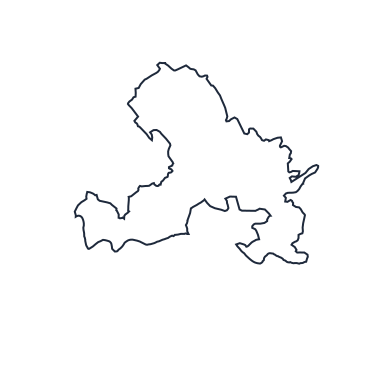 the district of El Mansora, Ad Daqahliyah, Egypt, rotated 234°
{"feature_id": "37247803B83073428854351", "entity_name": "El Mansora", "entity_type": "district", "adm_level": 2, "iso_a3": "EGY", "parent_name": "Egypt", "parent_adm1": "Ad Daqahliyah", "projection": "orthographic", "projection_center": [31.42, 31.053], "detail": "fine", "context": "isolated", "style": "outline", "palette": "slate", "viewbox_px": 384, "rotation_deg": 234, "n_neighbors": 0, "source": "geoboundaries", "source_scale": "gbopen_adm2", "svg_char_len": 6031}
<svg xmlns="http://www.w3.org/2000/svg" viewBox="0 0 384 384"><g transform="rotate(234 192 192)"><path d="M139.0,309.4L140.7,308.5L141.8,304.9L142.0,299.9L140.7,295.0L141.7,278.3L143.7,279.0L145.9,279.3L145.9,282.0L143.3,284.9L143.0,288.2L144.3,289.8L145.6,291.1L149.8,285.9L150.1,283.6L150.7,282.3L152.0,282.0L158.8,286.3L159.1,289.0L160.1,291.9L160.7,291.9L161.7,291.3L162.3,290.6L164.9,293.3L165.2,294.6L166.8,296.2L169.7,295.9L171.4,295.9L173.9,295.0L175.2,293.7L175.6,291.4L175.9,290.1L176.5,289.8L177.5,290.1L177.8,290.4L180.1,294.7L183.9,296.0L185.6,293.1L186.9,288.9L187.2,286.6L187.8,284.3L188.8,284.6L191.1,282.7L191.1,280.4L192.4,279.4L193.0,279.1L194.6,279.4L196.6,279.4L198.5,278.8L200.5,278.8L203.0,279.5L207.2,278.9L209.2,276.3L209.2,275.0L206.6,273.0L206.3,270.7L208.6,268.7L224.4,271.5L227.3,270.2L227.9,266.3L227.6,263.7L228.9,261.4L230.2,261.7L230.8,263.0L232.4,265.0L240.5,268.3L243.4,269.0L249.8,270.4L253.7,271.4L257.3,271.4L262.4,271.8L265.7,271.5L266.9,270.2L275.0,270.3L276.0,272.2L277.3,272.6L277.9,271.9L278.6,271.0L278.9,269.3L279.5,267.7L281.2,266.1L283.7,265.8L288.3,266.4L290.2,265.5L292.1,263.5L293.1,262.9L294.7,262.6L297.9,261.6L299.6,252.5L300.2,249.8L300.9,248.9L303.8,247.9L308.3,247.0L311.9,245.7L312.2,246.0L313.8,243.7L315.5,241.9L315.1,238.5L310.6,238.5L310.0,237.5L309.3,235.2L309.3,233.2L310.0,228.0L310.3,221.8L310.7,219.8L309.4,213.9L307.5,210.0L308.8,207.0L305.2,204.7L302.3,202.4L303.0,200.4L302.0,197.8L302.0,194.5L301.4,192.5L300.9,191.9L299.5,191.9L295.3,192.5L284.7,192.7L283.4,187.2L281.6,187.0L280.1,187.6L278.9,187.6L277.0,186.9L275.8,187.8L274.1,188.1L265.4,189.3L260.9,189.2L257.5,190.0L259.5,191.9L262.1,193.2L264.9,193.2L264.7,197.2L263.0,199.8L261.1,200.7L259.5,201.4L257.2,201.4L250.5,202.3L244.0,202.6L242.4,201.9L240.5,198.6L238.9,196.6L236.6,195.0L234.7,194.0L227.3,193.9L226.6,193.6L226.1,193.6L225.7,192.3L225.0,191.6L225.7,188.0L224.7,187.3L223.8,187.7L222.5,188.6L220.5,188.6L220.2,187.3L220.2,186.3L221.2,184.4L220.6,183.1L219.0,181.7L218.6,181.1L219.3,178.5L218.3,175.2L218.3,173.2L216.4,170.9L217.1,170.3L217.1,169.6L216.7,168.6L217.1,167.6L218.0,166.7L220.3,166.0L221.6,166.4L222.2,164.7L222.2,161.1L222.9,159.8L224.2,157.9L226.1,154.6L227.5,153.5L227.4,153.0L227.1,152.0L226.5,150.7L226.2,150.4L225.2,150.0L224.5,148.7L224.6,147.1L224.3,140.3L225.3,137.9L224.6,137.6L222.7,136.2L217.8,132.0L215.9,130.6L214.3,129.3L213.3,129.7L213.0,128.0L213.0,124.7L212.4,123.1L210.3,121.4L212.1,120.8L212.1,120.1L213.1,118.2L214.0,117.8L214.3,117.5L214.7,117.8L216.9,119.5L221.1,120.2L221.7,120.0L223.0,121.2L228.8,119.6L230.8,119.3L233.4,117.3L239.2,112.1L241.4,111.5L245.7,113.1L246.2,111.8L247.5,111.5L249.1,110.9L251.7,109.3L253.6,107.3L253.3,107.0L252.6,106.0L250.4,103.7L248.5,102.7L248.5,100.1L248.8,96.5L248.2,91.9L246.9,89.2L245.0,85.6L241.4,84.3L240.3,83.4L240.2,84.6L239.8,85.8L239.3,86.6L238.3,87.4L237.4,87.8L236.2,88.0L235.1,87.9L233.5,87.5L231.9,86.9L230.3,86.1L228.5,84.8L227.0,83.1L225.0,81.9L222.2,80.6L219.4,78.7L218.3,78.5L217.1,78.0L216.2,77.6L215.2,76.9L211.4,75.2L210.0,74.9L208.2,74.8L207.8,74.6L207.3,74.6L206.8,74.9L206.5,75.4L206.2,79.8L206.5,83.4L206.6,86.7L206.0,89.0L205.6,91.8L205.2,92.3L203.9,93.6L202.2,95.0L200.5,96.2L199.6,96.4L198.5,96.5L197.5,96.3L195.1,95.2L193.0,94.0L189.2,94.6L188.6,95.5L188.1,96.4L188.1,97.2L188.2,97.8L188.5,98.5L188.5,100.9L188.8,102.8L188.9,103.5L189.8,106.1L190.4,107.3L190.6,108.4L190.5,111.4L190.3,112.3L189.9,113.5L189.2,114.8L188.3,116.0L184.9,119.0L182.7,120.6L176.9,123.6L176.2,124.1L175.6,124.9L175.2,125.9L174.1,127.9L172.8,131.5L172.5,133.0L172.3,134.5L171.5,136.4L170.7,140.1L170.0,142.0L169.5,143.9L168.9,145.6L168.9,147.7L168.4,150.2L167.9,150.7L167.3,150.9L167.2,151.1L167.2,151.8L167.4,152.9L167.3,153.0L165.8,155.6L164.7,158.3L162.5,161.4L162.5,161.8L162.3,162.3L162.0,162.7L160.9,163.4L160.1,164.5L162.3,164.9L163.3,165.2L165.2,166.6L167.1,167.2L168.8,167.6L169.7,169.6L171.3,171.5L171.6,171.5L176.1,178.1L179.4,181.5L179.3,182.1L179.3,184.0L178.7,188.3L178.6,190.6L178.3,192.9L178.3,196.8L178.6,197.8L174.4,197.8L169.9,198.4L165.4,201.0L160.5,205.2L157.3,207.4L156.7,209.4L157.0,210.7L157.6,212.0L160.8,213.4L162.1,213.7L164.4,215.0L167.0,215.1L166.0,220.0L162.3,224.8L149.9,220.2L147.6,221.4L139.5,232.2L138.8,235.8L138.8,236.8L135.0,240.7L129.2,241.6L126.7,241.6L126.9,241.3L126.9,239.6L125.6,236.7L124.3,235.7L124.4,232.4L126.3,228.5L129.2,224.6L129.5,222.9L128.9,220.6L127.6,219.7L124.7,221.3L122.8,221.2L118.6,220.2L114.3,218.5L115.4,216.3L115.7,215.3L115.7,214.6L116.1,211.7L116.1,210.4L115.7,207.8L115.4,206.1L115.4,204.8L115.8,203.8L117.7,203.9L119.0,203.2L122.5,200.6L123.6,196.9L121.3,196.8L119.6,197.0L118.1,197.2L116.6,197.2L114.9,197.3L113.2,197.7L111.8,198.2L108.9,198.3L107.4,198.6L104.0,199.3L101.1,200.1L99.8,200.6L98.3,201.3L97.0,202.2L95.8,203.2L94.1,205.0L93.9,206.1L93.9,207.3L94.0,207.8L94.5,208.5L94.5,209.2L94.7,210.1L95.4,210.7L96.1,211.4L96.5,212.3L96.8,213.0L96.9,215.5L97.2,216.3L97.3,217.2L97.1,218.3L96.7,219.1L94.4,221.5L93.5,221.7L92.5,222.3L91.4,222.6L90.1,223.2L89.6,223.8L88.2,224.4L86.7,225.4L84.9,226.1L84.0,226.2L83.2,226.1L81.8,227.1L80.9,227.4L79.9,227.6L78.9,228.2L77.8,229.3L77.7,229.7L77.6,230.2L76.3,230.9L75.2,231.8L74.6,232.4L74.1,233.4L72.9,235.0L71.0,236.6L70.7,237.9L69.7,239.5L69.4,240.4L69.3,241.5L69.0,242.4L68.9,242.7L68.5,243.4L70.5,245.9L71.5,247.6L73.4,248.6L77.0,247.3L79.9,243.4L81.2,241.5L83.1,241.1L83.7,242.5L87.0,242.8L90.8,241.5L91.5,243.2L91.2,246.1L90.8,247.4L90.8,249.1L92.1,251.1L94.7,253.0L94.4,255.0L93.7,257.0L95.0,258.6L98.2,260.6L101.4,263.6L106.9,269.8L107.9,269.9L110.4,269.5L114.3,269.9L116.6,269.6L118.8,267.3L122.1,266.0L123.7,267.4L125.3,267.4L125.9,267.7L126.9,267.4L127.6,267.1L127.9,264.1L127.9,263.5L129.5,261.8L132.1,264.5L135.0,264.2L135.6,267.1L135.0,269.1L132.1,273.3L130.8,275.9L130.8,277.9L131.4,280.5L132.7,283.2L133.6,286.1L133.3,286.8L133.9,287.1L136.5,291.4L136.5,296.6L136.2,299.6L135.5,302.8L135.5,303.2L137.1,307.4L138.1,308.8L139.0,309.4Z" fill="none" stroke="#1e293b" stroke-width="2"/></g></svg>